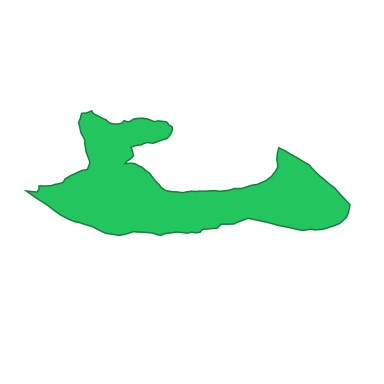 Lokoja, Kogi, Nigeria, rotated 115°
{"feature_id": "59680162B326996000256", "entity_name": "Lokoja", "entity_type": "district", "adm_level": 2, "iso_a3": "NGA", "parent_name": "Nigeria", "parent_adm1": "Kogi", "projection": "equal_earth", "projection_center": [6.483, 8.245], "detail": "fine", "context": "isolated", "style": "filled", "palette": "green", "viewbox_px": 384, "rotation_deg": 115, "n_neighbors": 0, "source": "geoboundaries", "source_scale": "gbopen_adm2", "svg_char_len": 3382}
<svg xmlns="http://www.w3.org/2000/svg" viewBox="0 0 384 384"><g transform="rotate(115 192 192)"><path d="M115.2,132.0L120.7,131.0L126.5,129.0L130.1,126.5L133.2,124.8L138.2,125.1L140.3,125.7L144.2,126.5L150.2,129.6L157.5,136.0L160.6,140.8L163.3,143.6L167.9,148.6L169.8,152.6L171.0,155.4L172.5,156.5L175.2,159.8L176.9,162.7L177.9,164.3L179.2,166.3L179.5,167.0L180.0,168.3L180.8,171.1L182.9,175.3L185.6,180.3L187.9,185.3L190.0,189.0L191.4,192.6L193.9,196.5L196.6,200.2L198.5,206.3L199.7,209.2L200.8,212.5L201.8,216.7L200.8,222.3L199.4,224.3L199.1,224.8L198.1,228.2L196.0,232.7L193.1,238.0L192.0,243.1L190.8,247.3L190.8,251.5L190.4,255.7L191.6,259.3L194.5,264.6L191.1,263.8L188.1,261.7L184.1,260.3L180.2,263.1L177.3,266.0L175.0,264.1L172.3,260.7L171.0,258.2L168.5,256.2L166.2,253.7L164.2,247.8L160.0,243.6L156.3,239.7L154.4,237.4L150.2,236.0L146.5,235.8L143.6,236.0L141.5,237.4L141.1,239.7L140.9,241.9L139.6,243.3L139.4,245.6L141.1,250.6L141.7,252.6L143.4,254.8L144.2,256.2L144.4,260.1L144.6,263.2L145.8,267.4L148.3,272.5L150.6,275.8L152.9,277.2L154.6,278.4L155.8,280.6L156.0,283.7L157.7,284.2L159.4,284.8L161.9,288.2L163.5,292.1L164.2,296.0L163.5,298.8L162.9,300.8L163.1,304.4L162.7,310.6L162.7,314.2L160.9,317.3L162.9,319.0L165.6,321.8L166.4,324.0L167.5,325.2L170.0,324.9L172.1,324.3L174.1,324.3L177.1,324.0L180.2,321.5L182.1,320.1L185.6,317.3L187.7,314.2L190.4,310.9L193.1,310.0L197.0,307.2L200.2,305.1L206.8,298.4L208.5,297.1L211.9,296.5L215.7,296.4L218.9,300.8L229.0,309.4L229.5,309.7L230.6,310.4L232.4,311.6L233.7,312.5L237.4,312.8L239.1,314.0L241.1,316.6L243.0,319.4L245.7,322.2L248.6,327.5L250.3,331.6L251.4,333.3L253.6,331.9L257.5,332.3L261.1,342.6L263.4,330.0L263.7,327.3L264.0,324.9L264.9,318.4L267.1,308.5L268.4,301.3L268.8,292.4L268.4,285.9L267.2,280.6L266.8,276.4L265.7,269.4L265.5,267.1L265.9,258.7L265.9,254.6L265.9,252.9L263.5,244.5L262.0,239.4L257.3,233.3L252.6,228.1L251.8,225.7L250.7,223.1L249.7,220.9L248.0,216.4L246.0,210.7L245.9,210.6L245.8,210.2L245.7,210.0L245.7,209.9L245.5,207.0L245.3,205.1L245.3,204.9L245.2,204.8L245.1,204.2L244.5,202.4L244.4,202.1L244.3,201.8L244.3,201.7L244.2,201.5L243.9,201.3L243.8,201.2L242.5,200.2L241.6,199.4L240.2,197.5L240.1,197.4L239.0,195.5L238.5,194.7L238.4,194.6L238.3,194.4L235.4,189.9L234.7,188.8L234.7,188.7L232.4,182.4L232.4,182.1L231.8,180.3L231.4,179.0L231.4,178.9L230.3,177.5L228.5,175.3L228.4,175.3L228.4,175.1L227.7,172.6L227.2,170.9L227.1,170.7L225.2,167.8L225.1,167.7L223.7,167.4L222.7,167.2L220.8,165.8L220.8,165.7L220.7,165.6L220.2,164.6L219.1,162.6L218.9,162.2L218.5,161.5L217.9,160.4L216.9,158.8L216.8,158.7L216.7,158.6L215.0,155.3L214.4,154.1L214.2,153.9L212.1,153.2L209.0,152.0L208.9,152.0L208.8,151.9L206.2,146.3L206.1,146.1L205.6,145.0L205.5,144.9L203.5,140.9L203.4,140.7L202.4,139.9L198.9,136.7L198.6,136.4L198.4,136.3L192.1,130.0L192.0,129.9L191.3,126.7L191.2,126.5L191.2,126.3L188.9,116.2L187.4,109.3L187.2,108.4L187.1,108.2L187.0,107.4L186.7,105.1L185.7,99.2L185.7,98.9L185.4,97.9L183.2,89.4L183.2,89.1L181.9,82.9L181.3,80.0L179.7,74.7L176.5,70.2L175.5,68.8L174.5,64.9L172.5,61.2L170.7,57.9L167.2,54.0L162.8,49.2L160.9,47.4L158.1,44.8L150.2,41.4L145.4,41.4L140.4,42.5L136.8,43.4L131.2,57.3L128.0,64.5L126.4,72.2L124.5,78.4L123.0,84.8L121.2,89.5L119.7,93.5L117.9,97.2L117.5,102.4L116.6,110.8L116.0,119.2L115.3,125.9L115.3,130.9L115.2,132.0Z" fill="#22c55e" stroke="#15803d" stroke-width="1.5"/></g></svg>